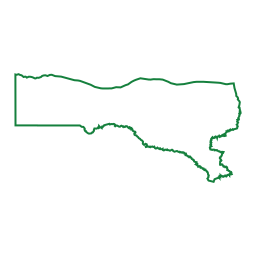 the district of Magoe, Tete, Mozambique
{"feature_id": "85939544B26060528055494", "entity_name": "Magoe", "entity_type": "district", "adm_level": 2, "iso_a3": "MOZ", "parent_name": "Mozambique", "parent_adm1": "Tete", "projection": "mercator", "projection_center": [31.675, -16.019], "detail": "fine", "context": "isolated", "style": "outline", "palette": "green", "viewbox_px": 256, "rotation_deg": 0, "n_neighbors": 0, "source": "geoboundaries", "source_scale": "gbopen_adm2", "svg_char_len": 5954}
<svg xmlns="http://www.w3.org/2000/svg" viewBox="0 0 256 256"><path d="M233.7,83.4L230.1,83.7L227.5,84.2L225.9,84.2L220.3,82.9L218.1,82.7L203.4,81.8L196.7,81.8L193.6,82.1L183.9,84.1L176.8,84.6L170.9,83.2L168.3,81.8L162.7,79.6L159.8,79.3L153.3,79.2L150.6,79.6L148.5,79.5L140.4,78.3L136.2,79.7L134.0,80.6L131.5,81.9L128.0,84.4L125.5,85.2L120.6,87.4L116.1,87.2L111.6,88.4L103.2,88.5L100.8,88.3L94.8,86.9L90.8,84.8L80.1,80.9L78.1,80.5L74.4,80.2L61.1,76.6L55.1,76.1L51.8,74.8L49.9,74.9L47.5,76.0L45.5,75.3L43.9,75.4L42.2,75.9L41.0,77.0L38.7,77.8L36.9,77.7L35.7,78.4L34.9,78.4L32.6,77.3L30.7,76.8L28.8,76.7L26.8,77.6L25.9,76.8L25.2,76.6L23.6,77.0L21.6,75.3L20.2,75.0L18.6,74.2L16.5,74.8L15.4,74.5L15.5,125.4L79.9,125.5L81.7,126.8L83.4,126.9L84.6,128.4L84.8,129.0L84.5,129.5L84.9,130.7L85.5,131.3L85.8,131.2L85.9,131.6L87.5,132.9L88.5,133.5L89.6,133.6L91.5,133.3L92.3,132.3L92.9,132.3L94.0,130.7L93.8,130.1L94.4,128.5L96.5,128.6L97.8,128.0L98.3,127.1L98.9,126.7L99.0,126.0L99.4,126.5L98.7,127.4L98.8,128.0L100.4,127.3L100.9,127.4L101.8,128.1L102.1,126.7L102.8,126.9L103.4,125.9L104.3,125.6L104.3,125.2L109.4,123.8L109.9,124.5L111.2,124.0L112.1,124.2L113.5,123.9L114.4,124.1L115.4,125.0L115.3,125.4L114.8,125.9L115.2,126.3L116.5,125.5L117.0,125.5L119.2,126.7L120.0,126.7L120.9,125.9L121.4,125.7L122.4,126.2L123.2,127.0L123.8,126.4L124.7,127.0L125.5,126.7L125.8,126.2L126.9,126.2L128.7,128.1L129.4,127.9L129.1,127.4L129.5,127.1L130.7,127.8L130.6,128.5L131.3,128.2L131.4,129.3L132.1,128.9L132.3,129.1L132.8,130.8L134.0,131.5L134.7,131.5L135.2,131.8L135.5,132.3L135.4,132.8L134.3,133.7L134.5,134.7L135.2,135.2L136.5,135.5L137.2,136.5L138.1,137.1L138.8,138.2L140.0,138.8L140.9,139.9L142.2,140.6L143.0,141.7L142.8,143.5L143.1,144.1L144.0,144.8L145.5,143.8L146.7,144.3L147.2,146.1L145.7,146.5L145.9,147.0L147.8,146.5L149.1,146.6L149.3,147.0L150.1,146.7L150.4,147.1L151.0,146.7L151.8,146.8L152.3,146.5L153.3,147.0L154.3,146.6L154.9,148.0L155.5,148.5L156.4,148.4L157.4,147.6L158.4,148.5L160.1,148.3L160.2,148.6L159.8,149.1L160.0,149.2L160.9,149.1L162.2,149.3L162.7,148.9L162.9,150.0L163.6,150.4L164.2,150.3L165.1,149.6L166.6,150.0L167.1,149.5L167.6,150.1L168.5,150.1L170.0,150.7L172.0,149.7L172.5,149.9L173.1,150.9L174.4,151.7L177.0,151.0L178.5,151.9L179.6,151.7L180.2,151.9L180.2,152.3L180.7,152.2L181.1,152.5L181.9,152.2L182.3,152.7L183.0,152.3L183.5,152.3L184.1,152.7L184.2,153.4L184.8,153.4L185.1,154.1L185.4,153.5L185.9,153.5L186.2,154.6L185.9,155.2L186.8,155.4L187.7,156.3L188.2,156.2L188.9,157.0L189.2,156.6L189.9,156.4L190.4,156.8L190.4,157.5L191.5,158.0L191.8,159.0L192.7,159.3L193.1,159.9L193.5,159.8L193.9,160.2L194.1,161.4L195.1,161.9L196.1,162.1L195.8,162.5L195.9,162.8L196.5,163.1L196.6,163.5L197.1,163.4L197.3,163.6L196.9,164.4L196.2,164.6L196.5,164.8L196.9,164.6L197.6,165.2L197.5,165.6L198.0,166.0L198.2,166.7L199.2,166.2L199.3,166.4L199.2,166.7L199.8,166.8L200.4,166.5L200.6,166.8L200.7,167.7L201.4,167.5L202.3,168.2L202.8,168.3L202.8,168.7L203.6,168.7L203.6,169.2L204.4,169.4L204.2,169.9L204.4,170.1L205.5,169.7L205.8,170.5L207.0,171.4L207.0,171.8L207.5,172.0L207.8,172.6L208.1,174.6L208.6,175.0L208.8,175.7L208.3,176.3L208.5,177.1L207.4,178.6L208.0,179.4L208.3,180.3L208.7,180.6L213.6,181.8L214.6,179.2L217.4,178.1L218.6,177.9L218.8,177.5L219.0,177.7L218.9,177.3L219.3,177.3L219.1,177.1L219.2,176.8L219.6,176.8L219.6,176.2L219.9,176.3L220.1,175.9L220.5,175.9L220.5,175.5L220.9,176.0L221.1,175.6L221.3,175.6L221.6,176.2L222.2,176.1L222.7,176.6L223.0,176.4L223.3,176.6L223.5,176.3L223.9,176.5L224.6,176.1L225.2,176.2L225.3,175.5L226.1,175.6L226.6,176.2L227.5,174.9L228.8,175.0L228.8,174.6L229.1,174.4L229.3,174.7L229.3,174.2L229.7,173.9L229.8,174.7L230.2,174.1L231.1,174.4L231.7,174.2L231.4,173.7L231.5,172.9L231.2,172.2L230.8,172.4L230.5,172.1L230.2,172.1L229.5,171.0L228.7,170.9L228.0,170.3L227.4,170.1L227.7,169.5L227.1,168.8L227.2,168.2L227.1,167.4L226.6,167.4L226.2,166.9L226.0,167.2L225.2,167.2L225.2,166.8L224.3,166.3L223.5,166.6L222.4,164.5L220.2,164.9L220.1,164.7L220.0,164.2L220.6,163.8L220.1,163.3L220.1,161.7L220.4,161.0L221.0,161.0L221.4,160.5L220.7,159.2L220.3,159.0L219.8,158.2L219.9,157.4L220.4,157.3L221.3,156.4L221.3,155.9L221.8,155.4L222.0,154.1L222.4,153.5L223.0,153.1L223.5,152.0L221.9,151.8L220.9,152.3L220.4,152.2L219.6,151.3L218.9,151.4L218.3,151.2L217.0,150.1L216.4,150.4L216.0,150.1L214.8,150.3L214.8,149.9L214.3,149.7L213.4,149.6L212.5,149.9L212.0,149.6L211.8,149.8L211.1,149.7L210.7,149.3L210.3,149.3L209.8,147.7L210.1,147.2L210.6,146.8L210.6,146.6L211.2,146.3L210.6,145.9L210.9,145.6L210.7,145.3L211.1,145.2L211.2,144.6L211.2,144.2L210.6,143.9L210.9,143.1L210.7,142.7L211.1,142.5L210.6,142.0L210.9,141.8L211.1,141.1L210.8,140.5L211.3,140.2L211.1,139.9L211.1,139.0L211.6,138.6L212.0,138.7L212.4,138.4L212.0,137.7L212.3,137.4L212.6,137.8L212.5,137.4L212.7,137.2L213.1,137.8L213.9,138.1L214.8,137.7L215.0,136.8L215.3,136.6L215.5,136.9L215.8,136.8L215.9,137.2L216.3,137.1L216.5,137.4L217.0,137.4L217.1,137.7L217.2,137.2L217.6,136.6L218.5,136.2L219.2,136.7L219.4,136.0L219.8,136.5L220.2,136.2L220.7,136.6L222.1,135.2L222.6,135.8L223.1,135.5L224.0,136.1L224.9,136.0L225.4,135.8L225.0,135.4L225.5,134.9L225.2,134.4L224.4,134.0L225.3,133.5L226.5,132.1L226.5,131.3L227.3,131.5L227.5,131.0L228.1,131.4L228.8,131.4L229.0,131.1L228.6,130.5L230.3,130.5L230.4,130.1L230.0,129.7L230.4,129.4L231.2,129.9L232.2,129.9L232.8,129.2L233.4,129.7L233.8,129.3L236.9,128.5L237.2,128.1L237.2,127.5L237.4,127.2L237.3,126.7L237.7,126.4L237.3,125.3L236.7,124.7L237.6,123.7L237.8,122.9L237.6,122.5L237.9,122.3L237.2,121.5L237.7,120.8L237.3,119.9L238.9,119.5L238.9,118.9L238.2,118.1L239.3,116.3L239.2,115.6L239.6,115.1L239.2,113.5L239.5,113.3L240.3,113.6L240.6,113.2L240.6,112.7L240.4,111.7L240.0,111.9L239.7,111.7L239.9,109.1L239.4,108.3L239.5,107.7L238.8,107.6L238.6,107.4L239.4,105.0L239.8,102.2L239.4,101.3L237.8,99.4L238.1,98.5L237.8,97.6L237.3,96.9L236.3,96.0L236.2,93.9L234.5,88.1L233.7,83.4Z" fill="none" stroke="#15803d" stroke-width="2"/></svg>